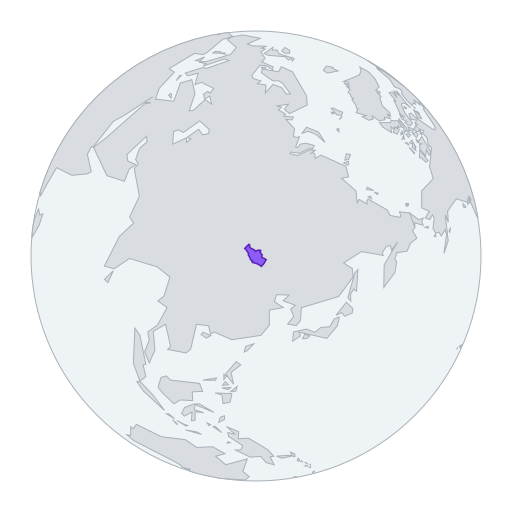 Ömnögovi on an orthographic globe, rotated 45°
{"feature_id": "MNG-3298", "entity_name": "Ömnögovi", "entity_type": "Province", "adm_level": 1, "iso_a3": "MNG", "parent_name": "Mongolia", "parent_adm1": "", "projection": "orthographic", "projection_center": [104.196, 43.387], "detail": "fine", "context": "on_globe", "style": "filled", "palette": "violet", "viewbox_px": 512, "rotation_deg": 45, "n_neighbors": 0, "source": "natural_earth", "source_scale": "10m", "svg_char_len": 12885}
<svg xmlns="http://www.w3.org/2000/svg" viewBox="0 0 512 512"><g transform="rotate(45 256 256)"><circle cx="256" cy="256" r="225" fill="#eef3f6" stroke="#a8b0b8"/><path d="M386.3,72.2L384.8,72.0L369.2,66.1L367.8,63.9L364.2,63.2L365.7,66.2L367.6,68.4L357.2,74.0L359.8,88.8L368.0,96.1L360.5,92.9L381.0,109.2L387.1,121.3L375.6,106.1L370.9,103.6L372.9,110.8L368.5,109.8L366.9,112.9L361.5,111.3L355.2,103.1L351.6,102.1L353.2,107.3L348.7,109.4L347.0,101.8L339.1,104.8L327.1,92.9L326.7,76.0L315.6,70.1L303.3,55.0L299.9,55.9L293.1,51.5L286.6,51.1L286.2,49.0L281.4,50.6L283.1,52.8L281.5,54.3L277.9,54.5L276.7,51.5L278.3,51.0L276.1,50.2L277.0,48.8L274.5,49.6L273.5,46.3L269.1,49.8L263.7,47.5L264.5,45.3L271.5,45.2L290.7,41.5L293.6,40.2L290.8,37.9L270.5,33.8L270.8,32.8L266.1,31.7L262.7,32.0L265.1,33.2L257.6,34.1L261.5,35.9L259.0,36.7L260.2,39.2L252.4,39.3L244.2,38.3L242.8,36.4L239.2,36.1L234.3,38.6L225.8,36.5L209.8,37.8L208.4,37.6L216.8,34.9L232.5,32.5L243.4,31.1L228.6,32.7L225.4,32.8L223.4,33.1L240.5,31.3L257.6,30.7L274.8,31.5L291.8,33.6L308.6,37.0L325.2,41.6L341.3,47.5L356.9,54.6L371.9,62.8L386.3,72.2ZM219.4,33.7L217.3,34.1L215.5,34.5L212.8,34.9L214.7,34.5L219.4,33.7ZM465.8,177.2L464.2,174.2L464.4,173.5L465.8,177.2ZM463.6,174.2L464.1,174.8L463.8,174.7L463.6,174.2ZM463.7,175.3L463.6,174.5L463.9,175.8L463.7,175.3ZM464.0,177.2L463.7,176.0L463.8,176.3L464.0,177.2ZM463.8,179.1L463.6,179.5L463.2,178.0L463.8,179.1ZM369.1,69.7L366.2,66.4L366.4,64.4L369.4,67.1L369.1,69.7ZM368.0,74.7L365.4,72.6L369.7,72.8L369.8,73.9L368.0,74.7ZM374.9,101.9L373.3,98.2L376.3,102.2L374.9,101.9ZM367.6,113.6L369.5,115.1L367.9,116.1L367.6,113.6ZM264.4,39.0L262.4,39.1L263.2,38.6L264.4,39.0ZM266.9,40.2L269.3,39.5L270.8,40.0L269.3,40.4L266.9,40.2ZM358.1,114.7L355.0,116.2L357.1,113.2L358.1,114.7ZM263.5,40.9L273.2,40.9L275.9,41.8L272.2,44.1L263.5,40.9ZM352.5,116.1L344.9,120.3L348.4,123.7L334.4,116.8L345.4,115.3L347.5,111.0L349.0,114.6L352.5,116.1ZM285.2,53.4L283.3,51.1L288.2,53.0L285.2,53.4ZM288.7,54.3L306.2,58.7L307.2,62.5L301.1,60.1L305.1,65.2L297.0,64.8L293.0,61.9L294.0,59.5L290.2,61.3L288.7,54.3ZM327.9,112.6L325.1,112.6L326.8,111.1L327.9,112.6ZM281.3,55.1L284.7,55.5L285.9,58.8L279.2,58.6L281.0,57.5L281.3,55.1ZM310.2,66.9L309.8,69.5L303.1,69.9L302.1,71.0L296.9,65.2L310.2,66.9ZM278.9,56.9L275.7,58.4L271.9,57.1L278.0,55.0L278.9,56.9ZM289.0,59.8L289.2,61.3L286.9,60.4L289.0,59.8ZM256.5,53.9L260.6,54.0L261.5,55.6L256.5,53.9ZM274.8,59.1L276.2,59.6L277.0,60.4L274.2,61.1L274.8,59.1ZM292.6,66.0L289.9,65.7L294.4,68.3L289.6,68.9L287.0,65.1L286.1,67.0L284.6,67.2L284.2,63.9L292.6,66.0ZM273.9,64.3L269.0,60.0L261.2,59.3L260.1,57.8L272.9,59.2L273.9,64.3ZM280.0,64.3L276.0,63.9L276.7,62.0L279.9,61.1L280.0,64.3ZM287.2,70.9L295.3,70.9L295.6,71.8L287.2,70.9ZM271.5,64.4L272.7,65.4L270.8,64.5L271.5,64.4ZM282.2,69.2L285.0,69.0L285.3,70.0L282.2,69.2ZM272.9,67.8L271.3,66.4L273.4,65.6L272.9,67.8ZM277.0,68.7L276.7,70.2L275.1,66.3L278.3,68.5L277.0,68.7ZM282.0,70.2L283.1,70.7L280.8,70.1L282.0,70.2ZM265.8,71.6L263.2,66.9L267.9,65.2L269.7,70.0L265.8,71.6ZM77.8,118.2L84.4,117.1L79.3,126.1L77.5,146.6L76.1,151.0L69.2,156.3L62.1,184.9L68.3,183.8L69.0,205.7L74.0,216.2L88.4,204.7L80.2,187.1L85.9,176.7L98.1,184.4L106.2,200.7L108.7,197.2L109.4,181.4L117.4,180.0L110.4,175.6L108.7,181.2L104.4,178.8L105.6,173.7L108.3,173.2L107.6,167.4L94.7,171.8L91.6,177.9L85.9,167.5L80.3,176.9L76.6,176.8L84.8,160.9L88.6,157.8L98.8,136.8L94.3,139.0L84.3,159.2L84.7,155.3L78.5,159.3L83.6,153.2L95.6,131.3L94.5,122.4L82.6,123.3L84.2,117.9L90.2,109.2L105.1,99.0L100.0,112.3L105.2,109.7L115.2,100.1L112.8,105.2L116.2,103.2L115.2,108.3L122.6,109.8L122.8,114.6L134.3,110.2L136.0,112.4L128.7,114.2L123.8,118.4L125.5,131.4L128.4,132.5L135.7,128.8L135.2,133.2L142.1,128.0L147.3,134.1L146.7,122.6L155.2,118.8L163.0,120.1L165.7,117.0L153.1,115.0L148.1,116.1L144.0,120.3L130.4,122.6L128.0,119.4L141.8,109.7L139.9,104.3L151.5,99.9L178.6,107.0L185.5,113.1L179.0,131.6L172.4,132.2L171.5,125.7L164.5,135.5L168.8,132.8L168.5,136.8L176.5,134.8L176.7,137.5L184.2,131.2L185.2,134.4L180.5,138.3L193.3,138.8L197.8,144.9L200.7,143.8L202.4,140.9L207.0,151.0L208.9,149.8L208.1,145.9L211.4,141.1L219.0,136.7L220.2,140.4L217.6,142.5L213.9,152.8L206.8,158.2L208.1,159.4L214.5,155.6L219.0,143.0L223.2,139.3L222.0,145.3L222.8,142.8L225.3,142.2L228.8,145.2L230.5,138.8L256.1,129.0L265.5,134.5L261.6,140.5L280.7,139.3L289.8,146.7L289.0,143.0L297.7,140.7L295.0,138.3L295.3,136.4L316.3,130.6L322.2,132.5L330.4,126.9L330.1,125.1L326.2,123.3L334.4,116.8L348.4,123.7L348.5,127.3L357.2,129.6L356.2,137.7L359.4,145.8L353.3,154.0L356.4,160.2L359.4,160.4L365.9,169.4L368.6,187.9L352.9,171.6L346.2,146.1L347.8,156.1L343.4,153.6L341.5,157.2L342.9,164.6L345.6,165.6L327.4,178.3L322.9,199.0L332.9,196.8L339.4,202.1L343.1,226.2L324.6,260.5L333.0,270.1L333.6,276.8L326.5,281.7L325.4,271.9L318.1,269.0L318.6,263.1L306.8,268.5L307.0,260.2L297.8,268.9L301.4,275.3L311.7,273.2L303.7,284.9L314.3,295.4L315.6,308.6L298.1,332.3L280.1,339.4L279.0,343.3L271.8,338.8L262.2,346.3L275.6,367.9L275.2,373.9L259.7,384.5L259.4,380.2L240.3,368.2L236.7,381.9L251.2,394.2L256.1,407.0L245.0,402.5L240.0,390.9L233.2,386.3L235.1,374.5L229.6,355.3L218.4,357.2L219.3,349.6L210.1,331.8L193.9,333.5L168.3,347.2L164.7,365.3L155.9,370.3L145.6,338.9L146.2,319.2L139.1,317.9L131.2,296.1L108.1,280.3L107.7,274.0L102.7,273.0L97.6,262.4L98.2,252.3L93.8,248.7L93.0,275.6L98.1,279.5L106.4,276.3L104.9,284.4L110.2,296.2L93.8,304.6L64.3,294.1L66.4,279.3L69.7,226.7L72.4,223.5L72.6,223.0L73.0,222.1L68.2,226.3L70.4,216.5L63.3,250.0L59.9,261.7L63.8,294.4L62.2,295.0L64.9,303.4L79.8,312.8L78.8,317.0L68.7,329.2L52.5,334.5L57.6,353.9L61.3,366.3L57.6,362.6L58.6,364.6L51.3,350.0L45.0,334.9L39.8,319.4L35.8,303.5L32.9,287.5L31.2,271.2L30.7,254.9L31.4,238.5L33.3,222.3L36.3,206.2L40.5,190.4L45.8,175.0L52.2,160.0L59.7,145.4L68.2,131.5L77.8,118.2ZM74.2,124.3L72.2,126.7L72.1,126.8L74.2,124.3ZM109.8,226.5L118.0,235.8L123.1,222.0L126.7,224.7L127.1,219.2L123.4,221.0L125.8,207.0L132.5,208.0L136.0,202.9L133.4,199.6L120.7,200.2L117.3,219.9L111.6,222.0L109.8,226.5ZM224.6,32.9L223.4,33.1L219.0,33.8L221.0,33.5L224.6,32.9ZM200.1,38.3L196.2,39.0L200.3,38.0L202.3,37.4L213.4,35.0L208.3,37.3L208.7,36.5L200.1,38.3ZM226.8,33.1L220.3,33.9L227.6,33.0L226.8,33.1ZM136.4,88.9L133.1,92.1L129.2,92.9L129.0,88.1L134.6,86.8L136.4,88.9ZM129.4,96.8L143.2,89.3L144.0,92.4L141.2,91.8L140.3,94.6L135.7,94.5L122.8,105.4L118.6,106.9L120.4,96.4L122.1,98.8L125.2,95.3L129.4,96.8ZM177.2,69.1L183.2,67.1L177.1,76.2L172.2,77.1L171.5,72.0L177.0,68.1L177.2,69.1ZM255.1,45.4L257.8,45.0L258.1,45.7L256.1,46.6L255.1,45.4ZM258.4,53.8L243.7,48.6L246.0,47.7L234.7,46.4L236.4,43.6L243.7,44.4L236.5,41.6L243.8,41.2L238.3,39.8L254.4,41.8L260.6,41.8L253.0,42.8L251.2,45.3L252.3,46.4L260.2,49.6L272.8,51.2L273.1,54.4L269.9,56.2L266.9,56.3L267.7,54.1L263.1,55.8L262.0,52.8L258.4,53.8ZM232.6,82.4L234.8,78.7L225.4,83.8L224.2,79.8L223.2,80.7L219.5,78.6L213.3,77.7L213.8,75.7L211.1,76.3L208.6,75.1L205.2,75.2L204.8,72.0L200.6,72.0L202.9,70.5L195.6,71.4L200.8,69.3L198.1,67.9L194.5,70.7L201.0,55.1L199.7,51.0L195.8,49.0L205.3,46.2L215.0,46.6L223.5,49.4L223.4,54.1L227.7,52.2L228.9,54.1L225.0,54.7L231.8,54.8L231.7,56.6L239.3,60.5L249.1,60.1L252.1,61.8L248.3,62.8L254.0,63.8L248.7,67.0L250.8,68.4L247.6,73.2L239.0,74.8L242.0,76.3L239.7,80.3L232.6,82.4ZM264.6,72.9L254.6,75.2L249.0,74.4L256.8,66.5L255.7,64.8L260.5,60.2L268.5,61.7L266.4,62.8L266.2,64.2L263.7,63.2L265.6,65.2L262.7,66.9L263.4,68.9L259.9,69.1L264.6,72.9ZM78.9,151.5L78.6,154.2L79.1,157.5L75.2,160.3L78.9,151.5ZM86.8,136.4L87.2,138.0L81.9,143.1L82.2,140.5L86.8,136.4ZM91.8,134.8L87.6,137.7L90.1,134.6L91.8,134.8ZM129.5,115.6L130.5,117.3L128.8,118.6L126.2,118.9L129.5,115.6ZM204.7,98.4L206.8,96.0L208.1,96.3L215.6,93.1L217.1,96.0L213.2,99.1L204.7,98.4ZM84.4,204.3L80.4,204.1L80.8,201.1L82.1,201.7L84.4,204.3ZM75.6,181.2L75.5,188.4L74.5,181.9L75.6,181.2ZM207.5,101.1L210.4,99.3L209.4,101.9L207.5,101.1ZM218.6,98.1L218.1,100.8L218.2,96.1L218.6,98.1ZM80.8,387.4L84.5,401.3L78.9,395.0L73.5,387.1L69.1,376.6L74.2,379.9L75.5,377.0L80.8,387.4ZM312.6,430.7L319.3,430.4L319.0,431.1L312.6,430.7ZM305.7,429.3L313.4,428.6L304.3,430.9L305.7,429.3ZM316.3,428.3L324.2,425.8L327.5,424.2L326.9,425.7L316.3,428.3ZM300.5,429.9L271.9,431.1L260.6,429.1L263.3,426.7L281.6,427.2L300.5,429.9ZM262.3,426.6L245.0,418.4L221.3,392.6L229.8,394.1L254.6,410.4L253.0,412.8L263.5,419.2L262.3,426.6ZM304.2,411.4L302.5,418.5L286.8,418.9L279.6,418.1L274.7,409.0L277.4,404.2L283.3,404.2L306.1,386.0L314.0,389.4L307.0,397.2L313.5,403.0L304.2,411.4ZM165.5,367.3L170.1,379.5L165.4,379.7L165.5,367.3ZM315.2,372.6L306.1,381.4L314.3,370.1L315.2,372.6ZM320.0,361.9L320.6,366.0L316.9,362.4L320.0,361.9ZM278.8,349.3L272.6,350.3L272.4,347.3L280.3,344.2L278.8,349.3ZM316.6,319.6L316.7,329.0L315.5,332.3L312.6,327.0L316.6,319.6ZM224.5,126.8L212.4,127.6L204.7,130.9L201.9,136.5L200.6,129.2L212.5,124.2L224.5,126.8ZM252.1,128.2L254.5,123.7L256.9,125.7L256.7,127.0L252.1,128.2ZM251.1,125.4L247.5,119.9L251.1,117.5L253.2,122.3L251.1,125.4ZM227.0,109.6L223.4,109.5L224.3,107.4L227.0,109.6ZM372.8,448.7L372.2,449.0L367.5,451.8L361.4,454.9L360.0,454.3L355.2,456.9L360.7,453.1L353.4,457.5L351.1,457.0L343.6,459.0L300.1,473.0L291.0,473.7L294.3,471.5L288.1,465.3L291.2,465.1L290.5,459.6L316.8,450.7L336.0,435.8L349.4,433.3L360.3,421.5L373.8,417.7L369.1,426.1L382.2,425.0L393.3,405.6L399.1,417.6L407.2,416.8L406.8,422.0L387.6,438.8L372.8,448.7ZM438.9,385.3L440.3,383.9L441.8,383.0L439.6,385.6L438.9,385.3ZM449.1,368.4L449.6,368.3L448.9,369.4L449.1,368.4ZM448.6,368.8L449.8,366.3L449.3,367.9L448.6,368.8ZM442.6,368.4L443.7,366.6L444.1,366.8L442.6,368.4ZM329.1,428.9L338.6,422.2L343.6,420.7L329.1,428.9ZM441.4,367.9L438.9,370.0L439.3,368.8L441.4,367.9ZM441.8,365.6L441.6,364.5L442.9,366.1L441.8,365.6ZM437.1,366.7L440.1,366.5L436.8,367.3L437.1,366.7ZM435.2,368.6L433.0,369.3L433.2,368.7L435.2,368.6ZM407.9,388.0L416.6,390.8L409.3,394.9L401.2,394.3L394.2,402.2L378.7,407.7L382.5,403.4L380.5,399.5L364.2,403.0L360.9,400.8L366.9,396.9L355.9,397.4L367.9,392.5L372.7,397.7L379.4,390.2L390.8,387.2L401.6,384.6L410.1,385.1L407.9,388.0ZM367.7,406.9L369.8,406.2L367.9,408.7L367.7,406.9ZM428.7,369.1L431.9,369.7L431.5,370.7L429.9,371.5L428.7,369.1ZM412.1,382.9L421.2,372.5L423.3,371.3L417.2,380.8L412.1,382.9ZM419.1,370.3L423.3,368.5L425.4,370.2L424.5,371.5L419.1,370.3ZM343.2,407.4L342.7,409.3L339.5,408.5L343.2,407.4ZM347.3,405.4L356.8,405.0L346.4,407.1L347.3,405.4ZM318.0,404.1L320.9,408.2L329.9,403.9L323.0,409.1L329.0,415.2L326.9,418.2L321.0,411.5L318.7,419.7L314.7,420.0L312.6,413.6L316.7,404.6L320.7,400.5L336.9,396.3L318.0,404.1ZM347.3,400.0L344.7,395.3L346.6,391.3L349.4,393.6L347.3,400.0ZM337.1,383.7L330.2,378.3L324.0,381.7L336.3,370.4L341.0,377.5L337.1,383.7ZM331.0,370.1L325.3,373.3L331.1,366.8L331.0,370.1ZM323.8,371.2L323.0,366.5L327.6,366.5L323.8,371.2ZM334.0,369.8L334.9,361.5L337.3,365.9L334.0,369.8ZM320.7,355.9L330.8,362.5L317.9,360.9L316.7,344.7L322.2,343.7L320.7,355.9ZM347.4,281.6L345.7,276.7L350.5,274.5L350.3,278.5L347.4,281.6ZM364.4,264.1L351.2,272.4L340.3,279.4L344.0,281.1L342.1,290.3L336.2,283.2L343.4,272.0L351.7,268.3L352.4,260.6L358.1,254.0L355.8,245.0L358.1,240.3L362.8,247.5L364.4,264.1ZM354.5,241.3L352.6,224.8L361.9,224.8L364.4,228.4L361.3,235.9L356.6,235.4L354.5,241.3ZM354.9,220.9L350.3,220.4L337.9,198.1L337.6,193.5L351.9,209.8L348.4,210.3L349.8,216.0L354.9,220.9ZM326.3,114.5L325.2,112.8L327.7,113.8L326.3,114.5ZM293.6,135.1L294.4,132.7L297.3,133.8L293.6,135.1ZM298.3,126.8L294.5,127.2L298.1,125.2L298.3,126.8ZM286.0,128.6L292.8,126.6L287.0,130.8L286.0,128.6Z" fill="#d9dde1" stroke="#a8b0b8" stroke-width="1"/><path d="M247.4,259.2L246.2,259.0L245.1,258.7L243.9,258.5L242.8,258.7L242.6,256.4L242.7,253.1L242.7,252.8L243.6,252.6L244.2,253.1L244.4,253.5L244.8,254.0L245.0,254.1L245.3,254.0L247.5,254.1L249.1,253.3L249.3,253.2L250.2,252.9L251.6,252.9L252.6,253.0L252.6,252.9L252.4,252.3L252.4,252.2L252.5,252.1L252.6,251.9L252.8,251.6L253.3,250.4L254.0,250.0L254.4,249.6L254.5,249.5L254.6,249.4L254.8,249.0L254.8,248.9L255.7,248.9L255.8,249.0L255.8,249.4L255.8,249.5L255.8,249.8L255.9,250.2L255.9,250.3L256.0,250.3L257.5,250.6L258.6,250.7L259.4,250.8L259.6,250.8L260.0,251.5L260.2,251.8L260.3,251.9L260.3,252.0L260.4,252.3L260.6,252.5L260.9,252.6L261.1,252.7L261.2,252.8L262.0,252.6L262.3,252.6L262.6,252.4L262.9,252.2L263.1,252.1L264.6,251.5L264.9,251.5L265.1,251.6L265.4,251.5L265.8,251.4L265.8,251.9L265.8,252.1L266.1,252.7L266.7,254.5L266.8,255.1L266.8,255.6L266.9,255.9L267.0,256.7L267.1,256.8L267.1,257.0L267.0,257.3L267.0,257.5L267.2,259.5L265.9,259.7L264.7,260.0L263.5,260.2L262.2,260.8L260.9,261.4L259.7,262.1L259.4,262.3L259.2,262.4L258.9,262.4L258.4,263.0L258.2,262.9L257.2,262.8L256.9,262.8L256.9,262.0L255.7,262.2L254.6,262.4L253.7,261.9L252.8,261.5L252.7,261.4L251.7,261.2L250.7,260.9L249.7,260.6L249.3,260.3L248.9,259.5L248.6,259.3L248.3,259.2L247.9,259.2L247.4,259.2Z" fill="#8b5cf6" stroke="#5b21b6" stroke-width="1.5"/></g></svg>